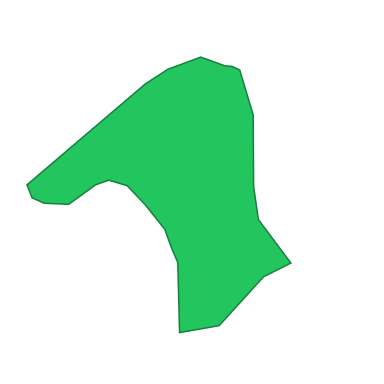 Majšperk, Equal Earth projection, rotated 316°
{"feature_id": "SVN-211", "entity_name": "Majšperk", "entity_type": "Municipality", "adm_level": 1, "iso_a3": "SVN", "parent_name": "Slovenia", "parent_adm1": "", "projection": "equal_earth", "projection_center": [15.741, 46.315], "detail": "fine", "context": "isolated", "style": "filled", "palette": "green", "viewbox_px": 384, "rotation_deg": 316, "n_neighbors": 0, "source": "natural_earth", "source_scale": "10m", "svg_char_len": 461}
<svg xmlns="http://www.w3.org/2000/svg" viewBox="0 0 384 384"><g transform="rotate(316 192 192)"><path d="M213.8,311.8L184.7,302.7L118.7,307.0L85.4,284.5L132.8,232.8L138.3,218.3L146.5,200.0L149.5,168.4L149.7,142.3L140.2,125.6L127.7,119.9L94.7,115.2L77.8,97.3L72.9,85.1L78.3,72.2L233.4,81.8L260.1,87.0L292.0,101.0L303.2,123.9L308.1,129.5L311.1,137.4L289.6,179.0L240.2,230.8L220.6,258.0L213.8,311.8Z" fill="#22c55e" stroke="#15803d" stroke-width="1.5"/></g></svg>